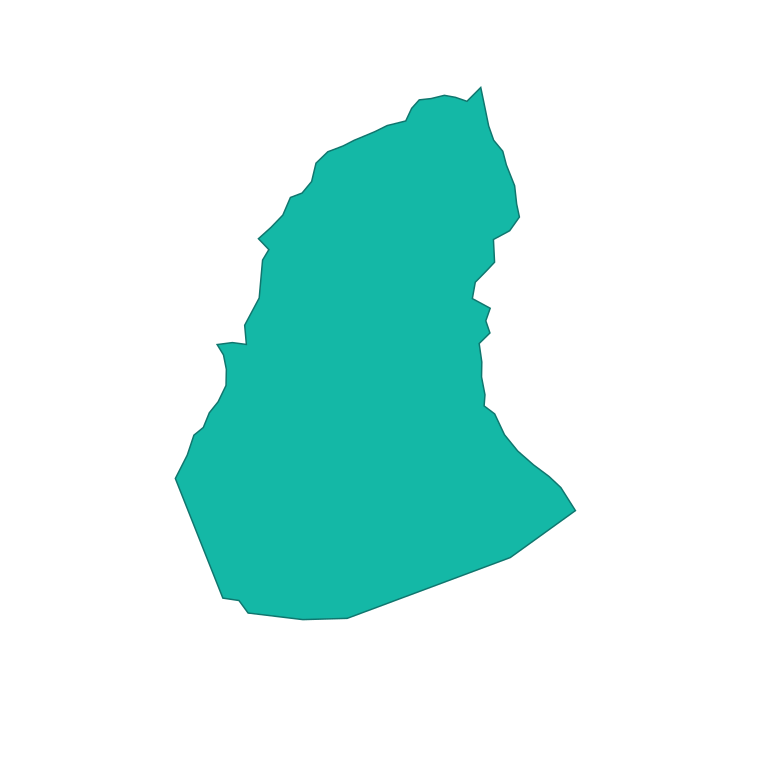 Rafael Godeiro, Rio Grande do Norte, Brazil, rotated 52°
{"feature_id": "56859067B3347721544463", "entity_name": "Rafael Godeiro", "entity_type": "district", "adm_level": 2, "iso_a3": "BRA", "parent_name": "Brazil", "parent_adm1": "Rio Grande do Norte", "projection": "albers", "projection_center": [-37.744, -6.066], "detail": "fine", "context": "isolated", "style": "filled", "palette": "teal", "viewbox_px": 768, "rotation_deg": 52, "n_neighbors": 0, "source": "geoboundaries", "source_scale": "gbopen_adm2", "svg_char_len": 1034}
<svg xmlns="http://www.w3.org/2000/svg" viewBox="0 0 768 768"><g transform="rotate(52 384 384)"><path d="M546.0,557.3L598.5,391.3L601.6,311.1L574.5,308.4L558.4,310.9L539.7,316.0L519.2,319.9L498.2,320.3L475.7,315.2L462.9,318.6L454.7,311.1L438.5,302.8L426.9,293.4L410.7,284.1L409.0,269.1L396.9,264.9L389.7,253.7L371.1,261.8L360.0,249.4L358.0,234.3L356.1,221.9L337.5,208.8L340.6,190.6L335.8,174.5L323.9,168.7L308.2,159.0L286.7,152.7L273.7,147.1L259.4,147.5L245.2,142.7L228.5,134.4L209.9,125.2L212.3,144.6L202.1,151.2L193.7,158.7L188.1,171.1L181.8,181.3L183.8,192.5L190.1,204.9L182.3,222.4L179.4,236.3L173.6,257.4L171.2,269.8L166.4,285.3L168.1,301.6L179.9,316.4L183.1,331.0L179.4,342.9L188.6,359.7L191.0,376.5L192.2,393.5L207.2,392.0L211.6,403.4L239.4,429.4L251.9,457.6L268.1,468.1L258.0,478.0L250.2,491.2L262.3,492.6L275.4,499.2L287.9,509.4L295.9,525.7L299.1,539.3L307.0,553.1L307.3,565.3L318.9,582.8L330.0,606.6L453.5,642.8L465.3,631.6L480.8,632.1L519.7,593.0L546.0,557.3Z" fill="#14b8a6" stroke="#0f766e" stroke-width="1.5"/></g></svg>